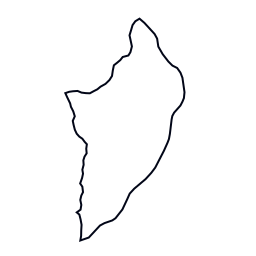 the district of Ouro Velho, Paraíba, Brazil, rotated 175°
{"feature_id": "56859067B95037000270346", "entity_name": "Ouro Velho", "entity_type": "district", "adm_level": 2, "iso_a3": "BRA", "parent_name": "Brazil", "parent_adm1": "Paraíba", "projection": "natural_earth1", "projection_center": [-37.127, -7.609], "detail": "fine", "context": "isolated", "style": "outline", "palette": "ink", "viewbox_px": 256, "rotation_deg": 175, "n_neighbors": 0, "source": "geoboundaries", "source_scale": "gbopen_adm2", "svg_char_len": 1265}
<svg xmlns="http://www.w3.org/2000/svg" viewBox="0 0 256 256"><g transform="rotate(175 128 128)"><path d="M185.3,20.1L176.6,22.3L164.4,33.3L159.7,35.3L151.7,37.3L148.3,39.2L140.7,47.3L135.0,57.1L132.0,62.5L127.1,67.0L114.9,75.6L112.5,77.8L108.7,81.3L104.3,86.2L94.2,102.2L89.9,109.9L88.2,113.4L86.8,118.4L83.8,132.7L82.8,136.1L80.7,139.3L73.8,145.8L71.4,149.6L69.7,152.9L68.6,158.7L69.4,173.3L70.9,178.5L73.8,183.5L78.3,186.3L82.0,190.7L87.0,198.5L90.7,206.4L91.2,214.5L93.3,219.3L102.5,231.3L107.0,235.9L111.4,233.7L114.5,230.1L116.2,225.7L118.4,220.2L117.0,208.9L119.0,203.3L121.3,200.2L127.1,199.2L129.8,196.3L133.1,194.0L136.6,191.7L138.1,186.7L139.4,181.2L142.3,177.4L146.6,173.9L151.7,171.6L155.2,169.2L158.9,167.7L163.0,165.9L166.9,166.4L171.2,167.3L175.0,169.3L179.6,169.4L183.4,169.2L187.4,168.2L186.0,164.2L183.5,157.6L183.0,154.1L181.1,149.4L180.0,144.3L182.4,139.9L181.9,135.7L181.1,130.9L179.6,126.8L177.3,123.7L174.4,121.3L172.4,118.0L170.4,115.4L171.4,111.0L171.4,106.4L173.8,103.3L175.3,99.7L175.4,95.2L177.1,90.4L176.8,86.4L178.1,82.2L180.5,76.9L178.6,73.5L178.4,68.0L180.4,64.8L181.8,60.5L181.2,55.4L182.4,50.8L186.4,48.4L184.0,46.0L183.2,41.0L182.7,35.6L183.5,30.2L184.1,24.6L185.3,20.1Z" fill="none" stroke="#020617" stroke-width="2"/></g></svg>